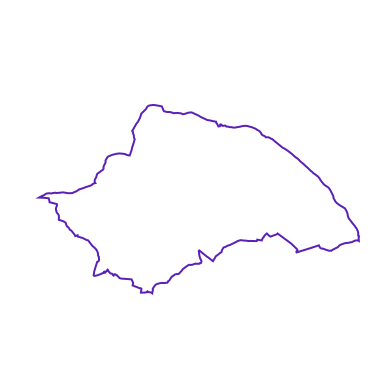 outline of Darjiu, Harghita, Romania, rotated 164°
{"feature_id": "2599482B71021034513413", "entity_name": "Darjiu", "entity_type": "district", "adm_level": 2, "iso_a3": "ROU", "parent_name": "Romania", "parent_adm1": "Harghita", "projection": "robinson", "projection_center": [25.165, 46.198], "detail": "fine", "context": "isolated", "style": "outline", "palette": "violet", "viewbox_px": 384, "rotation_deg": 164, "n_neighbors": 0, "source": "geoboundaries", "source_scale": "gbopen_adm2", "svg_char_len": 5984}
<svg xmlns="http://www.w3.org/2000/svg" viewBox="0 0 384 384"><g transform="rotate(164 192 192)"><path d="M232.7,267.2L232.2,265.8L232.4,265.4L232.5,265.0L232.3,262.5L232.4,262.1L232.6,261.3L232.7,260.6L232.7,259.4L232.5,258.6L234.9,254.7L237.2,251.4L238.6,248.8L241.8,244.3L243.3,244.9L244.5,245.6L245.6,246.7L246.6,247.3L251.2,249.1L254.7,249.6L256.1,249.6L258.0,249.7L261.6,249.4L263.0,249.2L263.7,248.7L266.4,246.2L266.5,245.9L266.8,244.7L267.0,244.3L267.4,243.7L269.8,241.1L270.1,240.6L270.5,239.0L271.3,238.1L271.8,237.8L273.7,237.3L275.3,236.5L277.6,235.8L278.1,235.5L278.5,235.1L280.0,232.6L281.4,231.3L282.2,230.3L282.4,229.8L282.8,228.1L282.5,227.2L283.7,227.3L284.4,227.2L285.6,226.9L286.8,226.2L293.3,225.9L295.5,225.7L299.7,225.6L300.5,225.3L302.9,224.6L305.6,224.2L306.3,224.2L306.9,224.0L307.7,224.0L311.5,225.0L315.4,226.9L316.6,227.3L319.1,227.7L323.0,228.5L323.5,229.0L326.5,229.4L327.5,229.3L330.3,230.4L332.7,230.6L334.3,230.0L335.6,229.7L336.9,229.6L340.6,228.8L335.2,227.0L331.4,225.4L331.7,221.4L325.3,217.7L325.3,216.5L326.7,214.7L327.4,213.6L327.6,212.7L327.7,209.7L327.3,208.7L326.8,207.6L326.5,206.1L327.0,204.0L327.7,202.0L324.1,199.6L322.4,197.9L321.8,196.9L322.0,195.9L321.7,193.8L321.6,193.4L321.3,192.9L320.7,192.3L320.3,191.3L319.7,189.2L318.7,188.3L316.6,183.3L316.4,181.8L313.9,181.9L314.1,180.9L314.1,180.6L312.5,179.7L311.3,178.8L310.0,178.1L307.2,175.5L306.2,174.7L305.5,174.4L305.1,174.0L302.7,167.8L300.5,164.4L299.5,161.8L299.3,158.9L299.8,156.8L299.4,155.4L300.0,152.4L301.0,151.1L302.4,151.0L307.6,143.1L309.5,139.0L309.1,138.3L308.0,138.1L305.1,138.0L303.9,138.2L302.0,138.3L301.4,138.5L300.9,138.5L300.4,138.7L298.7,138.5L299.0,139.0L298.7,139.5L298.1,139.6L297.7,139.4L297.5,139.2L297.0,139.0L296.7,139.1L296.1,139.3L296.0,139.6L295.7,139.8L295.1,140.1L294.6,140.6L294.3,140.2L294.2,140.1L294.2,138.8L293.5,137.7L292.9,136.3L292.7,136.1L292.3,135.9L291.6,135.7L291.1,135.1L290.9,134.7L291.0,134.1L290.4,133.3L289.8,133.9L289.0,134.3L288.6,134.2L288.2,133.5L287.2,132.8L287.2,132.6L286.0,130.6L285.5,129.3L284.2,128.4L274.2,124.7L273.6,120.7L274.4,119.4L274.8,118.5L268.9,114.0L267.9,113.7L267.3,113.0L268.8,109.3L265.7,108.5L262.6,108.0L262.3,108.9L262.4,109.6L261.7,108.0L259.1,106.7L258.7,106.2L258.7,106.5L257.9,106.1L257.2,107.4L256.6,108.8L256.4,109.1L256.3,110.0L253.6,112.2L252.5,112.9L250.9,113.2L248.3,113.2L246.4,113.0L243.6,112.1L241.4,111.8L240.8,111.6L240.4,111.7L239.6,112.8L238.2,113.2L236.6,114.7L234.9,116.1L233.6,116.5L231.1,117.4L229.5,117.4L227.8,116.9L227.2,117.0L223.1,119.5L222.0,120.4L217.9,122.0L215.2,122.8L214.1,122.6L213.4,122.4L213.1,122.1L211.0,122.0L209.6,122.2L208.4,122.2L207.7,121.8L204.5,121.0L204.2,121.4L203.7,121.3L202.8,121.4L202.2,122.2L202.0,123.1L202.5,126.6L202.3,130.0L202.0,131.4L201.8,133.2L201.6,133.6L201.1,133.8L195.5,125.8L194.5,124.7L190.9,119.7L190.3,120.2L189.4,121.3L188.7,121.7L186.9,123.6L183.0,125.1L182.3,125.5L181.7,125.6L180.2,126.1L179.8,126.8L179.6,127.4L177.5,129.5L176.6,130.0L175.0,130.0L172.6,130.6L170.1,130.6L168.3,131.0L165.4,131.4L162.6,132.0L162.2,132.2L161.2,132.3L158.7,132.3L157.4,131.9L156.9,131.6L153.2,130.2L150.8,129.1L149.6,129.0L148.4,128.5L145.9,127.8L143.7,127.0L143.0,127.1L142.7,127.5L142.4,128.2L138.3,126.2L136.6,128.3L136.0,128.7L135.2,129.1L135.1,129.3L134.2,130.2L131.5,131.5L130.0,128.9L128.9,127.5L122.0,128.0L121.2,128.5L111.3,115.7L110.3,114.2L107.0,108.4L106.7,107.5L106.7,106.9L106.9,106.7L106.9,106.3L107.4,106.2L107.5,106.2L107.6,105.9L108.0,105.9L108.1,105.1L93.4,105.4L85.8,105.7L84.7,105.7L84.7,105.0L84.3,103.6L84.2,103.0L83.6,102.3L82.0,101.5L81.2,101.2L79.6,99.8L78.6,99.2L77.3,98.3L75.8,97.5L75.0,97.5L74.3,97.1L73.9,97.3L72.6,97.7L72.4,97.8L70.9,98.0L68.5,98.6L67.7,98.6L67.0,98.8L65.2,99.9L64.0,100.3L60.6,100.6L58.6,100.6L55.5,100.0L53.9,100.0L52.2,99.7L52.0,99.8L48.9,100.3L48.1,100.3L46.6,100.0L46.1,99.8L45.1,98.9L44.7,100.9L44.3,102.4L43.9,102.8L44.0,103.2L43.8,103.5L44.0,103.6L44.2,104.1L44.2,104.5L43.5,106.8L43.4,108.7L43.9,111.6L44.2,112.5L44.6,113.3L44.8,114.3L46.4,117.9L48.1,122.3L48.5,123.1L48.7,124.7L48.8,126.4L48.6,127.3L48.5,128.6L48.8,131.4L49.5,134.1L51.5,136.3L53.3,138.2L54.7,139.9L55.8,141.4L56.4,142.5L56.9,143.8L57.0,144.8L57.3,145.4L57.6,147.1L57.6,147.6L57.3,149.2L57.4,149.8L58.0,152.6L58.3,154.5L58.8,156.5L59.6,158.6L60.5,159.8L61.0,160.3L62.4,161.9L63.4,163.5L64.3,165.7L65.4,168.6L65.6,169.7L66.0,170.6L66.3,171.5L66.8,172.4L67.9,173.8L68.8,175.1L70.2,176.7L71.3,178.7L71.9,179.4L74.3,183.7L75.6,185.5L76.1,186.5L77.7,189.1L79.1,191.0L80.8,194.2L81.5,195.3L82.7,196.6L83.3,197.5L84.5,199.5L86.0,201.8L89.1,205.9L90.9,208.0L92.8,209.8L97.1,216.0L100.0,220.3L100.6,221.0L101.7,221.8L102.4,222.7L103.6,223.6L105.9,224.2L106.4,225.2L106.9,225.7L107.2,226.1L108.6,227.2L109.0,227.9L109.0,228.1L109.3,228.8L109.5,230.1L110.4,231.9L110.8,232.5L112.1,233.6L113.1,234.9L114.0,235.7L116.1,237.4L117.6,238.4L119.2,239.3L120.1,239.9L122.3,240.9L124.9,241.4L128.5,241.6L132.9,242.1L134.2,242.4L134.9,242.7L136.2,243.5L137.2,243.7L139.4,244.9L141.0,245.5L141.4,246.0L141.5,246.5L141.8,246.7L142.5,246.9L143.8,247.0L144.4,247.2L144.9,247.8L145.0,248.3L145.2,248.7L145.7,249.1L146.0,249.1L146.3,249.0L146.3,248.1L146.5,247.8L147.3,247.8L148.0,247.5L148.4,247.6L148.7,248.0L148.9,250.1L149.4,251.1L149.6,251.8L149.6,252.1L149.4,252.6L149.4,252.9L149.6,253.0L152.3,254.3L155.1,255.9L157.3,256.9L157.9,257.3L159.6,258.9L161.2,260.2L163.0,261.8L164.4,263.4L166.1,264.9L166.8,265.5L169.9,268.2L170.4,268.6L171.2,268.8L173.2,269.2L177.5,269.1L179.0,269.2L179.4,269.3L180.4,270.3L181.3,270.8L183.9,271.9L185.3,272.3L187.4,272.7L188.3,273.0L188.7,273.5L189.5,273.9L190.8,274.8L194.2,275.9L196.5,277.3L196.8,277.7L196.9,277.9L197.4,282.6L200.3,284.1L203.1,285.5L205.2,286.3L206.7,286.6L208.8,286.9L210.2,286.8L211.5,286.3L212.8,285.0L213.6,284.3L218.2,281.8L219.4,281.0L220.2,279.6L221.8,277.4L223.3,275.8L224.6,274.4L226.7,272.9L229.0,270.7L231.3,268.3L232.7,267.2Z" fill="none" stroke="#5b21b6" stroke-width="2"/></g></svg>